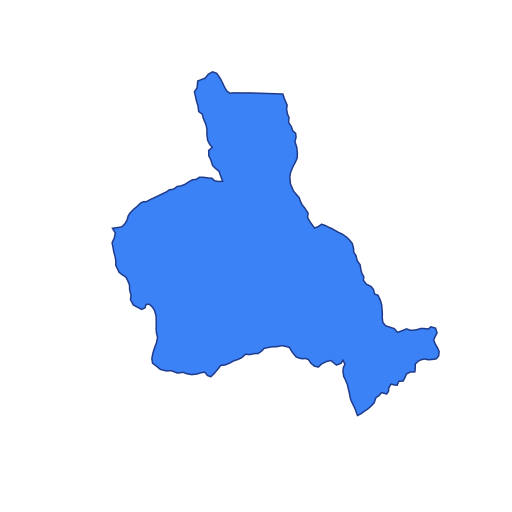 the district of General Salgado, São Paulo, Brazil, rotated 157°
{"feature_id": "56859067B40214897962213", "entity_name": "General Salgado", "entity_type": "district", "adm_level": 2, "iso_a3": "BRA", "parent_name": "Brazil", "parent_adm1": "São Paulo", "projection": "natural_earth1", "projection_center": [-50.427, -20.643], "detail": "fine", "context": "isolated", "style": "filled", "palette": "blue", "viewbox_px": 512, "rotation_deg": 157, "n_neighbors": 0, "source": "geoboundaries", "source_scale": "gbopen_adm2", "svg_char_len": 3280}
<svg xmlns="http://www.w3.org/2000/svg" viewBox="0 0 512 512"><g transform="rotate(157 256 256)"><path d="M168.0,394.6L195.7,407.5L213.1,415.0L216.5,416.1L218.4,419.3L219.0,423.7L219.1,427.1L219.5,433.4L220.8,439.5L224.0,442.5L228.7,442.0L233.4,439.6L241.2,439.9L244.6,433.8L248.5,431.3L250.2,422.1L250.8,416.4L252.3,411.4L250.0,407.4L250.7,403.7L250.7,399.3L250.8,395.7L251.8,391.5L253.9,386.5L255.3,381.4L255.0,377.0L253.9,373.0L258.3,371.7L260.3,366.6L260.0,362.5L260.6,356.3L259.2,352.7L256.9,348.2L257.2,344.8L257.5,337.8L261.5,339.3L264.7,341.4L266.1,344.7L269.7,346.6L273.6,349.0L277.3,350.6L281.1,349.9L284.7,351.0L288.5,350.6L293.6,349.7L298.0,349.9L301.3,350.8L305.9,349.7L309.9,350.8L313.4,350.0L332.4,349.2L335.5,348.8L338.3,349.9L341.3,349.9L346.5,347.9L350.7,346.7L355.2,344.8L357.9,342.9L360.8,339.3L364.1,336.9L368.2,335.2L377.3,337.6L376.5,332.2L379.3,328.1L383.3,324.4L384.3,319.7L385.3,315.3L386.0,310.1L387.0,306.2L388.7,302.2L388.5,298.5L388.4,294.6L386.6,291.2L384.1,287.7L383.7,283.6L383.8,278.7L385.5,274.4L386.4,268.6L388.6,264.9L388.0,258.7L382.1,251.5L378.4,251.7L376.2,254.3L373.1,253.4L371.2,249.1L370.7,245.6L371.4,239.8L374.3,232.6L376.5,227.8L377.8,223.5L378.4,219.6L381.4,215.2L386.2,210.1L389.2,206.4L392.0,202.2L393.1,197.7L390.7,193.6L388.4,189.0L383.4,185.2L378.9,183.6L374.0,178.9L368.6,177.4L365.5,174.5L361.5,171.9L356.4,170.4L352.7,170.1L348.6,169.1L347.4,165.0L344.8,162.5L340.6,164.1L335.4,166.7L331.2,169.1L327.1,167.8L322.2,167.7L317.2,168.2L313.0,167.8L308.8,168.0L303.9,169.7L300.7,167.8L295.4,166.7L292.1,165.4L287.9,166.3L284.5,167.8L281.1,167.1L277.2,166.3L271.9,164.3L267.2,163.4L264.0,161.2L261.0,158.8L260.3,153.6L258.5,147.4L256.0,145.0L253.5,143.3L250.6,142.4L248.2,140.2L247.3,135.7L245.3,131.8L242.0,129.4L237.4,131.1L231.8,131.3L227.9,130.5L224.6,124.2L219.6,124.0L216.7,126.1L216.4,121.7L219.3,119.0L221.0,115.9L222.3,111.0L222.1,107.3L222.1,102.5L223.4,94.6L224.9,87.3L224.9,83.9L224.5,77.3L224.9,69.5L220.7,69.8L216.8,70.8L212.8,71.5L208.4,73.0L204.6,74.7L201.0,78.7L197.1,79.5L193.9,81.2L189.6,77.9L186.9,79.7L185.2,82.8L181.7,85.4L179.3,83.4L176.6,81.9L173.5,84.9L169.5,83.4L166.7,85.6L163.6,88.6L159.4,88.9L155.0,87.3L153.3,90.4L151.6,94.3L148.0,95.8L145.0,96.0L141.2,95.4L138.0,93.2L134.2,91.9L130.2,90.9L126.9,92.7L124.8,96.4L124.8,100.8L125.4,104.9L125.3,109.2L122.5,111.9L119.4,114.4L118.9,119.4L122.7,122.5L125.8,121.4L129.1,123.3L132.3,124.8L137.8,125.5L142.5,127.0L145.9,130.1L150.0,130.1L155.5,130.4L157.2,135.2L163.9,141.1L165.2,145.3L163.9,149.8L161.9,154.4L160.8,157.8L159.4,161.9L158.8,167.2L159.1,172.3L161.6,174.5L161.0,179.5L162.0,183.0L165.5,187.1L166.6,191.7L164.9,194.8L165.3,198.1L165.0,201.6L163.6,207.1L164.7,212.4L163.8,217.2L164.6,221.2L163.2,225.0L162.5,230.0L163.5,233.7L165.0,237.4L168.0,242.4L171.1,245.8L175.5,251.7L177.7,253.9L180.6,257.3L183.2,259.6L187.5,258.7L191.2,258.9L192.9,266.2L193.5,271.4L191.3,275.1L192.4,281.2L193.6,285.3L193.7,289.4L193.5,292.9L194.9,297.3L196.1,301.1L196.1,309.0L193.9,315.7L191.6,319.3L187.2,323.7L183.2,326.9L179.9,330.0L177.7,334.6L176.0,340.3L175.5,346.0L172.7,349.7L171.6,353.4L173.2,356.9L172.9,361.4L173.8,366.2L171.5,370.6L171.6,374.4L170.4,379.4L168.4,382.6L168.4,389.8L168.0,394.6Z" fill="#3b82f6" stroke="#1e3a8a" stroke-width="1.5"/></g></svg>